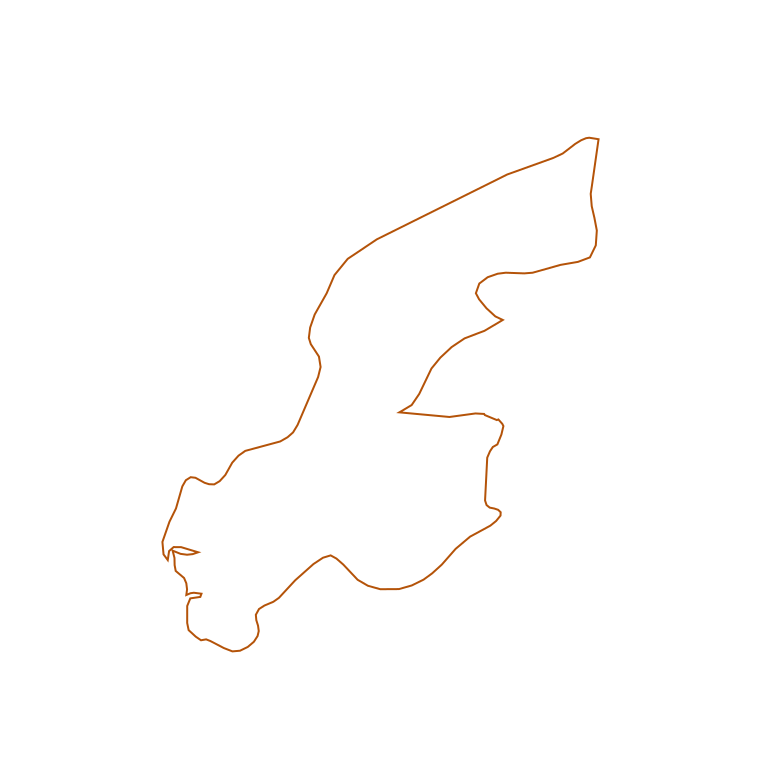 Long An, orthographic projection, rotated 110°
{"feature_id": "VNM-503", "entity_name": "Long An", "entity_type": "Province", "adm_level": 1, "iso_a3": "VNM", "parent_name": "Vietnam", "parent_adm1": "", "projection": "orthographic", "projection_center": [106.273, 10.719], "detail": "fine", "context": "isolated", "style": "outline", "palette": "amber", "viewbox_px": 768, "rotation_deg": 110, "n_neighbors": 0, "source": "natural_earth", "source_scale": "10m", "svg_char_len": 1972}
<svg xmlns="http://www.w3.org/2000/svg" viewBox="0 0 768 768"><g transform="rotate(110 384 384)"><path d="M181.3,232.4L194.6,233.8L202.9,243.5L211.7,258.9L228.6,282.4L232.1,290.1L237.8,307.7L241.5,314.9L248.2,323.1L257.0,328.8L267.3,328.7L271.9,323.6L277.8,313.6L282.4,302.5L283.2,294.3L299.7,307.8L304.4,313.3L313.6,323.9L326.2,333.1L340.0,340.1L353.2,344.7L381.3,347.5L394.3,350.8L405.4,359.9L392.6,311.2L380.4,288.0L377.9,279.7L378.7,278.6L379.3,265.6L378.2,264.4L381.0,259.2L382.7,257.4L391.4,256.4L402.0,256.8L406.0,260.2L411.0,261.4L417.9,261.8L458.9,249.2L462.7,246.2L464.0,242.4L463.3,237.8L463.2,233.7L464.6,230.5L467.8,229.5L474.4,231.8L480.7,235.6L498.0,250.9L514.4,260.3L533.9,267.9L545.3,273.9L554.3,279.9L563.8,289.0L571.6,299.8L578.1,317.3L579.1,330.1L577.0,341.8L567.6,360.5L564.3,369.0L563.3,375.5L568.1,381.9L577.3,388.7L598.8,400.3L620.9,409.6L626.5,413.5L633.1,420.6L638.2,424.5L644.7,425.5L649.6,423.2L654.2,419.7L659.0,417.2L664.1,416.6L670.7,418.1L677.7,422.1L683.9,428.1L687.1,435.0L686.9,444.2L684.9,459.3L684.8,463.8L687.4,468.3L685.8,474.5L682.1,483.4L675.9,487.2L659.9,493.0L651.7,492.7L646.9,483.8L643.5,483.8L645.2,491.3L646.8,494.3L649.9,497.6L644.4,498.8L638.9,501.6L634.7,505.5L630.9,515.8L625.8,518.8L619.1,521.4L612.9,525.6L613.2,517.1L611.8,510.7L609.3,505.6L605.7,501.1L606.7,518.8L609.2,525.9L614.5,528.8L623.4,527.0L619.5,532.9L608.2,538.2L586.8,538.5L572.1,536.9L549.2,538.5L542.2,537.3L537.7,533.8L536.6,529.1L538.2,518.8L538.0,514.1L536.4,509.2L531.5,505.2L523.8,502.0L509.8,499.7L501.1,496.2L494.3,491.5L473.5,461.9L467.0,456.4L460.6,452.9L452.0,451.2L400.0,448.3L389.7,449.4L380.5,454.5L371.6,466.4L366.4,470.4L356.2,472.7L342.4,472.9L318.3,468.9L298.6,467.8L278.8,460.9L250.5,440.2L145.0,339.9L113.8,302.4L106.3,294.9L92.9,286.4L87.5,282.1L83.9,278.2L82.4,275.4L81.1,268.8L80.6,266.1L127.2,256.3L134.6,254.8L145.9,249.6L155.3,243.5L155.4,243.4L167.0,236.5L181.3,232.4Z" fill="none" stroke="#b45309" stroke-width="2"/></g></svg>